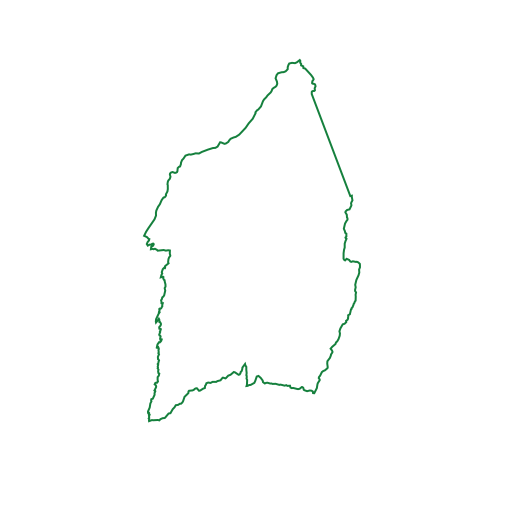 Capital, Catamarca, Argentina, rotated 206°
{"feature_id": "61730980B81007798348630", "entity_name": "Capital", "entity_type": "district", "adm_level": 2, "iso_a3": "ARG", "parent_name": "Argentina", "parent_adm1": "Catamarca", "projection": "equal_earth", "projection_center": [-65.833, -28.409], "detail": "fine", "context": "isolated", "style": "outline", "palette": "green", "viewbox_px": 512, "rotation_deg": 206, "n_neighbors": 0, "source": "geoboundaries", "source_scale": "gbopen_adm2", "svg_char_len": 6116}
<svg xmlns="http://www.w3.org/2000/svg" viewBox="0 0 512 512"><g transform="rotate(206 256 256)"><path d="M366.4,281.1L364.6,277.5L363.9,275.2L364.0,271.9L363.4,271.0L363.5,269.7L363.9,268.6L364.7,268.1L364.9,267.4L365.3,264.7L365.1,260.4L365.6,257.3L365.5,253.1L364.9,251.0L363.6,248.5L363.3,244.4L364.9,233.9L365.4,229.6L365.4,225.1L362.3,225.2L360.0,224.3L359.3,224.4L359.0,223.0L359.5,221.2L359.4,218.9L357.8,217.9L356.7,219.5L355.4,220.1L354.5,221.6L353.7,222.1L353.1,221.8L353.0,220.2L354.2,218.4L353.4,216.0L352.0,217.1L351.0,217.2L350.0,218.2L347.7,218.1L346.7,217.7L341.6,220.9L339.4,221.3L337.4,222.7L335.8,223.2L334.5,220.3L333.2,218.8L333.1,218.3L333.5,216.7L333.3,214.8L332.3,211.9L331.4,211.1L333.2,207.2L333.3,206.6L332.6,205.8L332.5,205.1L333.6,204.7L334.0,203.3L333.6,200.1L332.6,199.2L332.7,197.6L332.2,195.1L330.6,196.6L330.0,196.5L329.5,195.1L328.2,194.2L327.6,194.2L326.5,192.6L325.0,190.9L324.2,189.4L323.9,188.8L324.0,187.1L322.4,185.1L321.3,180.4L321.5,178.9L322.1,177.7L321.7,176.1L321.9,174.6L320.9,173.4L320.3,172.2L319.1,172.7L318.8,170.7L318.2,169.9L318.3,167.4L318.8,166.7L319.5,166.5L319.7,165.9L318.8,164.7L318.6,164.2L318.8,163.8L318.6,162.9L318.0,162.9L318.2,161.2L318.1,155.4L317.3,153.2L316.7,152.4L316.0,155.3L315.8,157.0L315.1,156.5L313.8,154.3L313.2,154.5L311.9,153.6L311.5,153.0L311.3,151.7L311.8,149.6L311.0,148.3L309.6,148.6L309.3,148.1L309.3,146.8L309.2,145.8L308.8,145.7L308.5,142.9L307.9,142.3L307.0,142.3L306.5,141.9L305.9,139.5L305.2,138.8L304.8,139.6L304.2,139.7L304.0,138.2L304.2,137.2L304.6,136.2L305.3,136.1L305.7,134.0L305.7,132.9L305.0,130.1L304.6,130.1L303.9,131.2L302.9,130.3L302.5,129.6L302.5,128.8L301.2,126.8L301.2,125.9L300.1,125.2L300.0,122.5L299.8,122.0L298.8,120.3L298.1,120.2L297.3,119.5L297.3,118.4L296.8,117.0L297.0,115.8L296.2,115.4L295.9,113.6L295.2,112.8L295.2,112.0L293.8,111.1L293.5,109.6L292.4,108.0L291.4,107.9L290.9,105.9L291.3,104.0L290.1,101.5L289.1,100.2L289.5,98.6L290.0,98.6L290.8,97.8L290.8,96.2L289.4,95.9L288.6,95.1L288.3,94.2L288.3,90.6L287.5,90.6L287.2,90.3L287.1,88.3L286.3,86.8L286.2,82.5L287.3,81.4L287.0,80.3L286.3,79.6L286.3,77.1L285.1,73.2L284.9,68.9L284.3,67.8L283.5,68.2L283.1,67.9L283.2,67.1L282.8,66.5L282.0,66.5L282.1,65.3L281.3,64.3L281.2,62.9L280.5,62.7L280.1,61.3L279.7,60.7L277.6,62.9L276.4,63.3L272.3,65.6L270.8,65.9L270.4,67.4L268.8,69.3L267.1,70.3L266.8,70.9L265.5,76.1L264.0,77.2L263.7,81.8L262.9,84.3L262.7,86.7L260.7,88.1L259.7,89.8L258.6,90.4L258.0,92.1L257.9,93.5L258.5,98.1L256.7,103.1L257.3,104.7L257.1,105.5L254.1,107.4L253.2,108.5L252.8,109.7L252.1,110.6L251.2,111.2L248.1,109.9L247.2,110.6L245.3,113.7L244.1,114.9L244.8,116.9L244.6,118.5L244.8,119.9L243.5,121.3L241.2,122.0L239.9,123.8L236.5,125.5L235.9,126.6L233.4,128.7L232.8,131.4L232.4,132.2L229.8,132.6L229.5,133.1L228.5,136.3L226.8,138.1L225.1,142.0L223.8,142.2L219.6,141.6L218.8,142.3L218.6,143.6L218.9,145.1L218.5,146.0L218.5,146.7L218.8,148.4L219.3,149.8L218.5,154.1L217.7,153.1L216.1,152.1L214.8,149.4L213.1,146.7L212.4,144.6L212.0,144.4L211.2,143.1L210.8,141.7L209.6,140.7L207.7,136.3L207.5,135.0L206.6,135.6L205.7,136.9L204.3,137.8L201.9,141.2L201.9,143.2L202.5,148.0L201.2,149.3L198.3,148.5L195.4,147.0L194.4,145.7L192.2,145.3L191.3,146.4L190.2,147.1L187.3,147.6L186.2,148.2L185.0,148.3L182.4,149.7L178.5,150.4L177.9,151.0L176.5,151.4L173.5,152.0L172.1,153.2L170.9,153.0L168.6,154.3L167.4,152.9L166.0,152.9L164.7,153.7L160.4,154.6L159.3,155.1L158.5,155.9L157.4,158.3L156.8,158.5L155.8,158.3L154.4,156.7L153.6,156.6L150.8,156.9L148.7,158.7L147.0,159.3L145.5,159.1L144.6,157.8L143.5,158.2L143.4,163.9L144.6,167.9L144.7,169.0L144.3,172.2L144.7,173.0L146.1,173.8L146.3,175.0L145.9,176.5L145.9,180.5L145.2,182.0L143.9,183.5L142.6,186.5L142.8,187.5L144.8,190.5L145.7,192.7L144.9,196.8L145.1,199.4L145.4,200.3L145.1,202.9L145.3,203.5L146.3,204.4L148.3,205.4L147.7,207.8L146.0,211.7L146.2,213.4L145.6,214.8L145.4,217.4L145.8,221.0L146.6,223.2L148.0,224.9L148.4,227.9L148.1,232.6L146.7,233.9L145.9,236.1L146.6,237.2L145.8,238.8L145.8,240.1L146.2,240.6L146.4,241.8L147.2,243.1L146.1,244.8L147.2,249.6L146.9,250.1L147.2,251.0L146.8,252.2L147.0,255.0L147.2,255.6L147.0,256.8L147.2,258.5L146.9,259.5L148.6,263.3L149.5,264.8L150.1,267.1L151.6,268.0L152.1,269.0L152.7,271.6L154.2,273.6L155.3,278.5L155.4,283.6L155.9,286.4L157.4,289.0L157.6,291.4L158.7,293.6L159.3,294.5L161.5,295.1L162.9,295.0L163.5,294.5L166.6,293.7L167.8,292.5L168.8,292.4L170.6,293.3L173.3,293.2L174.0,291.1L175.0,291.2L176.1,291.9L178.5,296.9L179.6,300.2L180.0,302.5L181.7,306.0L182.1,308.6L182.2,311.1L183.1,311.3L183.7,311.9L183.3,313.1L184.6,315.7L185.9,315.9L187.0,317.3L189.0,319.0L190.2,324.2L190.0,327.3L189.7,328.4L189.8,329.1L190.4,330.1L191.1,330.5L192.5,332.9L194.8,334.4L194.9,334.8L195.0,335.3L194.3,337.3L192.4,338.9L192.4,342.7L192.5,343.5L193.6,344.9L193.8,345.9L193.7,348.3L195.8,351.1L196.3,352.2L197.5,351.2L276.9,426.0L277.8,427.9L277.8,428.4L277.2,429.2L275.9,430.0L275.7,430.8L276.8,432.5L276.9,434.7L278.1,436.1L279.5,436.1L280.8,435.7L281.4,436.0L282.0,437.9L281.7,439.0L281.7,440.2L283.0,441.3L285.8,442.8L293.9,446.0L295.8,445.7L296.7,447.2L299.0,447.1L299.7,448.5L301.0,449.1L301.8,450.9L302.6,451.3L304.1,448.1L305.5,446.4L308.3,445.4L310.5,443.6L310.6,442.0L310.3,439.7L309.4,437.8L310.3,435.0L311.7,433.4L313.5,432.4L316.3,429.9L316.8,427.6L316.3,424.3L313.6,421.9L312.4,420.1L312.2,418.1L312.6,416.7L313.9,414.7L314.5,413.2L314.3,410.9L314.5,409.4L316.0,405.4L316.4,403.1L317.4,400.2L317.6,398.2L317.1,392.6L318.2,388.5L318.9,387.5L319.5,384.9L319.0,384.2L319.1,377.9L320.7,372.1L321.5,366.7L324.3,357.7L326.4,354.2L328.1,352.7L330.2,350.2L330.8,348.0L330.9,346.4L332.4,343.9L333.5,343.0L337.1,342.8L338.1,342.5L338.5,337.5L339.9,335.4L342.1,334.1L345.8,330.6L350.3,325.8L352.2,323.1L355.3,321.8L357.0,320.2L359.1,318.5L360.7,318.0L363.4,315.3L363.9,311.6L364.5,309.8L364.3,306.9L363.8,305.8L363.5,303.2L364.3,302.4L364.9,300.7L363.8,297.7L363.8,296.7L364.6,295.6L365.5,295.1L367.8,294.9L369.0,293.7L369.4,292.5L369.2,291.6L367.6,289.7L367.3,287.6L367.9,285.4L367.8,284.1L367.0,281.6L366.4,281.1Z" fill="none" stroke="#15803d" stroke-width="2"/></g></svg>